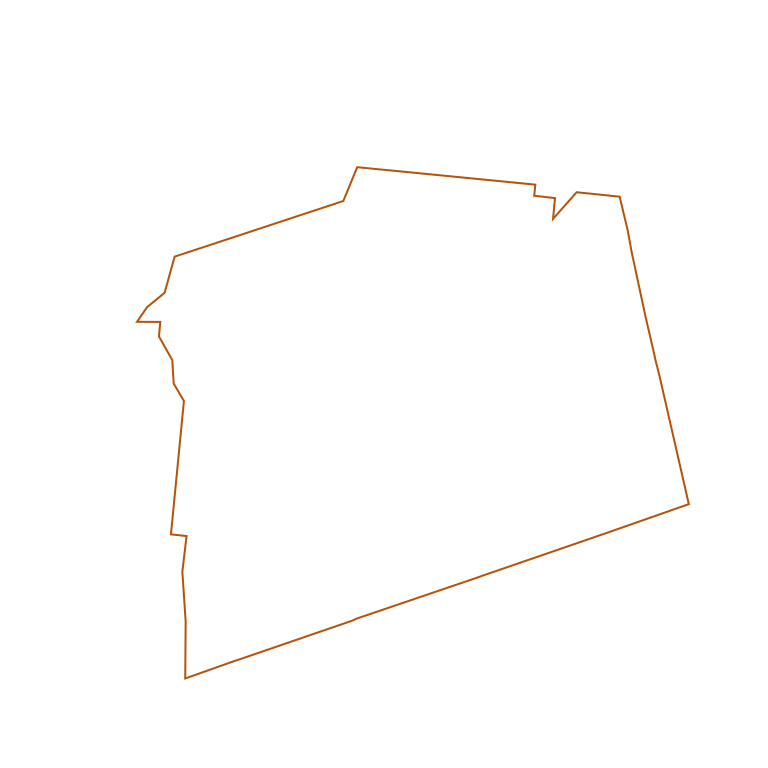 Polk, Tennessee, United States of America, rotated 341°
{"feature_id": "52423323B82941732188534", "entity_name": "Polk", "entity_type": "district", "adm_level": 2, "iso_a3": "USA", "parent_name": "United States of America", "parent_adm1": "Tennessee", "projection": "mercator", "projection_center": [-84.522, 35.137], "detail": "fine", "context": "isolated", "style": "outline", "palette": "amber", "viewbox_px": 768, "rotation_deg": 341, "n_neighbors": 0, "source": "geoboundaries", "source_scale": "gbopen_adm2", "svg_char_len": 622}
<svg xmlns="http://www.w3.org/2000/svg" viewBox="0 0 768 768"><g transform="rotate(341 384 384)"><path d="M633.1,596.8L647.0,467.1L648.7,447.2L648.9,446.6L653.2,405.6L661.1,339.9L664.4,318.4L667.8,283.6L628.6,265.4L597.6,282.9L606.2,263.9L587.3,254.9L592.0,244.8L429.3,170.3L405.1,197.7L227.5,195.4L206.3,226.3L185.0,234.2L170.7,244.8L192.7,252.4L186.7,265.8L191.6,292.5L185.3,315.1L189.3,334.9L133.6,456.8L147.8,463.5L132.2,495.9L119.2,543.8L100.2,597.7L152.8,597.2L157.0,597.3L277.4,597.4L281.4,596.9L412.4,597.4L413.4,597.3L547.4,597.3L548.5,597.3L633.1,596.8Z" fill="none" stroke="#b45309" stroke-width="2"/></g></svg>